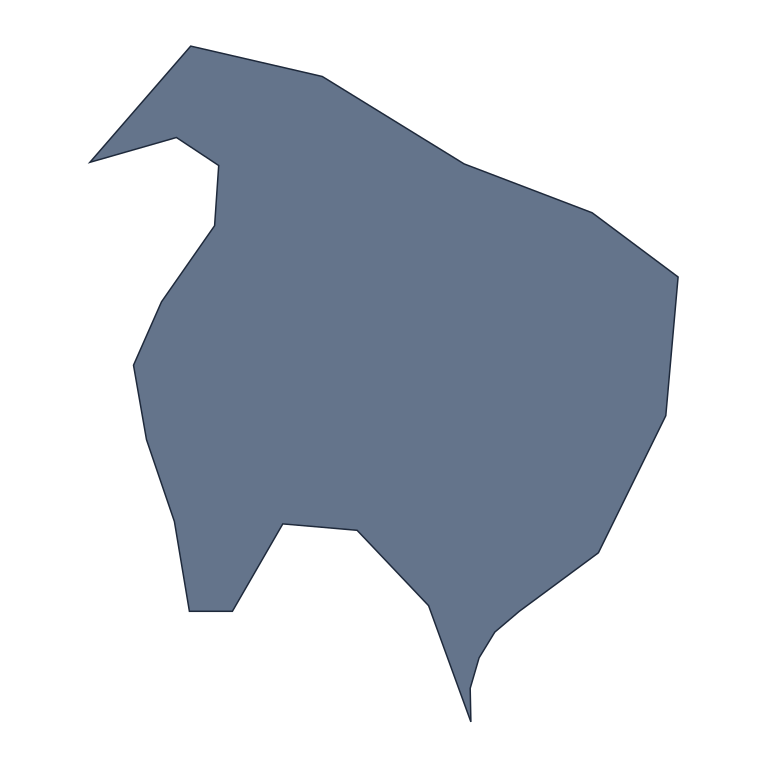 Norfolk Island, Robinson projection
{"feature_id": "NFK", "entity_name": "Norfolk Island", "entity_type": "country or territory", "adm_level": 0, "iso_a3": "NFK", "parent_name": "Oceania", "parent_adm1": "", "projection": "robinson", "projection_center": [167.943, -29.055], "detail": "fine", "context": "isolated", "style": "filled", "palette": "slate", "viewbox_px": 768, "rotation_deg": 0, "n_neighbors": 0, "source": "natural_earth", "source_scale": "50m", "svg_char_len": 440}
<svg xmlns="http://www.w3.org/2000/svg" viewBox="0 0 768 768"><path d="M322.3,76.5L464.1,163.9L592.2,212.8L678.1,277.0L665.8,415.7L598.4,552.8L519.3,611.3L494.8,632.1L479.1,657.8L470.2,688.3L470.9,721.9L428.6,605.7L357.1,530.3L282.8,523.9L232.4,611.3L189.4,611.3L174.4,521.5L146.5,439.7L133.5,365.2L161.5,301.8L214.6,225.7L218.7,165.5L176.4,137.5L89.9,162.3L190.7,46.1L322.3,76.5Z" fill="#64748b" stroke="#1e293b" stroke-width="1.5"/></svg>